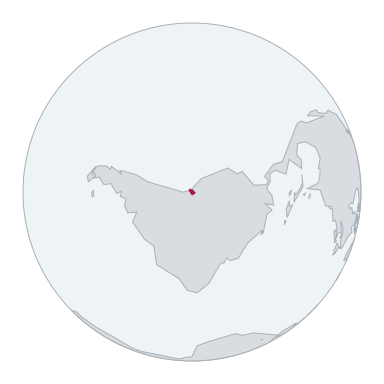 the Earth from above Moquegua, rotated 101°
{"feature_id": "PER-574", "entity_name": "Moquegua", "entity_type": "Department", "adm_level": 1, "iso_a3": "PER", "parent_name": "Peru", "parent_adm1": "", "projection": "orthographic", "projection_center": [-70.819, -16.889], "detail": "fine", "context": "on_globe", "style": "filled", "palette": "rose", "viewbox_px": 384, "rotation_deg": 101, "n_neighbors": 0, "source": "natural_earth", "source_scale": "10m", "svg_char_len": 5417}
<svg xmlns="http://www.w3.org/2000/svg" viewBox="0 0 384 384"><g transform="rotate(101 192 192)"><circle cx="192" cy="192" r="169" fill="#eef3f6" stroke="#a8b0b8"/><path d="M150.6,28.2L151.9,27.9L154.7,27.2L159.3,26.4L164.1,25.5L168.0,24.9L167.1,24.9L168.5,24.7L171.0,24.4L171.3,24.3L171.8,24.3L170.4,24.5L172.0,24.4L171.1,24.7L173.1,24.3L173.4,24.7L177.3,23.9L180.9,23.8L179.9,24.3L174.7,24.8L159.3,28.8L156.7,30.3L158.4,31.5L172.8,31.8L172.2,33.6L175.3,35.6L178.1,34.1L176.7,32.1L182.7,30.2L180.3,28.5L182.4,27.7L182.0,26.2L187.9,26.0L193.8,26.8L194.3,28.2L196.9,28.8L201.1,27.4L206.7,30.6L218.3,34.1L219.1,35.3L212.2,36.9L200.3,36.4L191.4,40.5L203.1,37.7L204.9,41.5L207.7,42.3L211.0,42.2L212.6,40.8L214.5,42.3L203.6,45.2L201.8,43.8L205.2,42.8L199.7,42.9L192.4,45.7L193.9,47.9L181.3,51.4L182.2,53.2L180.0,55.3L179.4,52.0L180.2,58.2L165.7,66.5L166.6,79.4L159.3,69.9L152.9,69.4L145.0,70.6L145.0,72.6L134.6,72.6L124.9,78.7L121.0,89.9L124.2,97.7L135.8,96.2L139.5,90.9L148.1,88.8L141.5,102.9L156.5,103.2L154.7,113.9L159.0,119.2L166.6,117.2L174.5,119.5L180.2,112.9L189.3,109.3L189.4,118.0L194.5,110.0L199.6,114.2L217.8,114.3L216.4,116.2L231.7,127.7L248.3,134.0L252.1,141.2L250.1,145.3L255.8,147.2L255.9,150.1L278.5,158.0L289.9,167.7L289.4,177.9L279.6,188.0L270.1,212.9L252.3,219.1L247.4,229.6L232.8,244.6L222.1,242.4L224.8,251.0L218.5,255.6L211.4,255.5L209.9,261.5L204.7,261.4L207.9,265.5L199.3,273.1L201.5,279.8L195.1,286.1L196.8,290.1L194.4,289.9L192.0,291.3L191.7,293.6L184.6,289.9L182.7,281.1L185.3,276.7L182.2,276.0L187.9,264.7L184.5,267.0L185.5,250.6L190.5,237.2L193.8,200.5L190.2,193.4L177.2,185.6L161.6,161.3L165.7,151.1L162.3,146.7L173.5,132.5L170.6,120.4L166.6,119.0L162.7,123.7L149.4,117.4L144.8,109.1L105.4,102.0L101.6,98.9L102.2,92.4L92.3,76.8L95.1,93.1L90.6,90.9L87.7,85.7L90.1,83.3L89.3,75.5L85.8,74.1L88.3,65.2L101.0,52.2L101.6,52.9L104.6,50.2L104.0,49.4L102.9,49.6L110.8,43.8L123.6,37.5L136.9,32.3L150.6,28.2ZM165.5,84.1L182.7,90.0L172.8,91.3L174.7,89.9L170.4,87.3L162.3,85.3L153.7,87.5L165.5,84.1ZM173.6,76.1L170.6,75.8L173.5,75.5L173.6,76.1ZM101.8,50.1L103.7,49.6L103.0,51.2L101.1,51.7L101.8,50.1ZM103.7,48.0L105.4,47.0L102.0,49.4L102.0,49.2L103.7,48.0ZM178.9,26.5L180.4,26.4L179.7,26.7L178.9,26.5ZM177.2,26.1L175.3,26.6L174.2,26.6L175.4,26.2L177.2,26.1ZM179.9,25.6L172.6,26.4L170.7,26.3L174.0,25.1L179.9,25.6ZM165.6,25.1L166.7,25.1L163.2,25.6L165.6,25.1ZM163.0,25.6L157.4,26.6L163.0,25.6ZM186.6,23.1L187.3,23.1L184.2,23.2L186.6,23.1ZM196.4,297.7L185.2,291.3L191.5,294.1L195.9,290.7L201.8,295.7L196.4,297.7ZM209.4,289.2L214.5,287.7L215.8,288.9L212.5,290.3L209.4,289.2ZM311.0,72.0L318.2,81.1L316.4,80.6L311.3,76.5L300.5,64.5L305.8,67.2L302.0,63.8L294.1,57.5L296.4,59.1L293.8,57.1L311.0,72.0ZM333.9,283.7L331.2,287.0L331.8,282.2L335.8,276.2L342.1,262.6L352.5,232.2L356.5,221.1L358.2,211.0L358.2,186.3L358.5,175.3L357.5,169.5L356.0,168.7L354.3,161.8L353.0,160.5L341.9,157.4L336.0,147.7L322.8,122.5L323.0,114.8L318.6,104.9L316.1,80.6L320.6,84.3L323.7,86.1L331.1,96.1L337.8,106.6L343.7,117.6L348.7,128.9L353.0,140.6L356.3,152.6L358.8,164.8L360.3,177.1L360.9,189.5L360.7,201.9L359.5,214.3L357.4,226.6L354.4,238.6L350.5,250.4L345.8,261.9L340.2,273.1L333.9,283.7ZM322.9,93.9L324.3,96.6L322.9,93.9ZM218.4,114.2L220.6,116.0L217.6,115.9L218.4,114.2ZM171.4,94.6L175.0,94.7L176.9,95.8L174.1,96.4L171.4,94.6ZM202.4,94.2L206.6,95.0L202.2,95.6L202.4,94.2ZM185.4,90.8L199.0,93.9L190.4,96.3L181.8,94.6L187.8,93.8L185.4,90.8ZM171.7,80.5L174.0,81.0L173.3,82.4L171.7,80.5ZM175.7,76.0L174.8,76.2L173.7,75.1L175.7,76.0ZM205.5,41.3L206.5,41.1L209.8,41.4L208.2,42.0L205.5,41.3ZM224.8,39.8L227.4,42.3L224.4,40.7L222.7,41.6L214.4,39.8L219.1,35.8L218.4,37.8L224.8,39.8ZM204.6,36.9L209.3,38.1L203.9,36.9L204.6,36.9ZM281.6,48.7L283.7,50.1L283.2,50.1L279.2,47.4L278.3,46.7L280.1,47.8L281.6,48.7ZM291.3,55.3L290.1,54.6L289.3,53.8L286.7,52.1L285.7,51.4L291.3,55.3ZM251.6,33.9L247.2,32.3L242.6,30.8L243.3,31.0L251.6,33.9ZM187.0,23.9L184.9,24.1L184.8,23.9L186.5,23.7L187.0,23.9ZM178.9,23.5L179.0,23.5L182.8,23.3L183.0,23.3L185.9,23.2L196.0,23.5L194.2,23.5L202.3,24.3L200.6,24.9L195.3,24.3L200.1,25.6L194.7,25.3L198.5,26.3L186.9,24.9L182.2,25.1L188.2,24.6L189.9,23.9L189.3,23.7L183.9,23.4L174.6,24.0L174.9,23.9L178.9,23.5ZM232.1,27.9L228.2,27.5L228.4,28.5L230.8,30.1L223.6,28.7L216.7,26.6L211.0,24.8L211.8,24.3L208.4,24.0L207.7,23.8L210.7,24.1L205.8,23.6L206.0,23.6L219.2,25.2L232.1,27.9Z" fill="#d9dde1" stroke="#a8b0b8" stroke-width="1"/><path d="M191.0,194.7L190.9,194.6L190.7,194.5L190.6,194.4L190.4,194.4L190.5,194.3L190.5,194.2L190.4,193.8L190.4,193.7L190.2,193.4L190.2,193.2L190.3,193.1L190.4,192.9L190.5,192.8L190.5,192.5L190.5,192.4L190.3,192.3L190.3,192.2L190.2,192.1L190.2,191.9L190.3,191.8L190.4,191.7L190.5,191.6L190.6,191.4L190.6,191.2L190.9,190.9L191.1,190.8L191.3,190.7L191.4,190.8L191.5,190.8L191.6,190.7L191.6,190.4L191.8,190.2L191.9,189.3L192.0,189.3L192.2,189.5L192.3,189.5L192.5,189.5L192.6,189.4L192.9,189.5L193.0,189.5L193.2,189.8L193.4,190.0L193.3,190.3L193.4,190.5L193.5,190.7L193.5,190.8L193.7,191.0L193.8,191.1L193.9,191.3L194.0,191.3L194.3,191.4L194.2,191.5L193.9,191.7L193.8,191.8L193.7,192.1L193.4,191.9L193.2,191.8L193.0,192.0L192.9,192.1L192.9,192.3L193.0,192.4L193.0,192.5L192.9,192.6L192.6,192.9L192.5,193.0L192.4,193.0L192.2,193.3L192.1,193.5L192.0,193.8L191.9,193.8L191.8,194.0L191.7,194.1L191.4,194.3L191.2,194.4L191.1,194.5L191.0,194.7Z" fill="#f43f5e" stroke="#9f1239" stroke-width="1.5"/></g></svg>